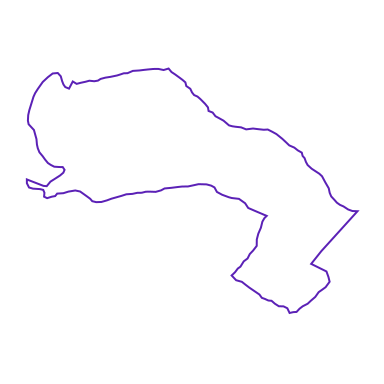 outline of Planaltina do Paraná, Paraná, Brazil, rotated 88°
{"feature_id": "56859067B78623757786871", "entity_name": "Planaltina do Paraná", "entity_type": "district", "adm_level": 2, "iso_a3": "BRA", "parent_name": "Brazil", "parent_adm1": "Paraná", "projection": "albers", "projection_center": [-52.929, -23.09], "detail": "fine", "context": "isolated", "style": "outline", "palette": "violet", "viewbox_px": 384, "rotation_deg": 88, "n_neighbors": 0, "source": "geoboundaries", "source_scale": "gbopen_adm2", "svg_char_len": 2550}
<svg xmlns="http://www.w3.org/2000/svg" viewBox="0 0 384 384"><g transform="rotate(88 192 192)"><path d="M316.3,98.7L315.6,95.0L315.5,91.7L312.4,88.6L310.1,85.4L307.7,80.3L304.8,77.0L301.2,72.5L296.5,68.9L294.5,65.8L291.8,61.8L286.5,57.6L281.7,58.6L276.1,60.4L268.0,75.4L255.6,64.8L217.0,27.3L216.6,32.4L214.9,36.6L211.7,41.1L210.0,44.6L207.7,47.6L205.0,49.8L201.3,53.0L197.7,54.4L193.1,55.2L186.9,58.5L180.8,61.5L178.2,64.1L172.9,71.6L169.1,75.5L165.9,77.1L162.1,78.3L159.8,80.2L156.5,80.9L154.1,84.8L151.2,88.2L148.8,93.2L145.0,96.9L142.0,99.9L137.0,105.7L134.5,109.9L132.2,114.1L132.3,118.1L131.5,123.7L130.7,128.8L131.3,135.7L129.1,140.7L128.3,146.3L127.7,149.5L126.7,152.7L121.8,158.0L118.9,162.8L117.1,165.9L113.3,168.6L111.6,172.6L108.0,173.1L104.4,175.8L99.3,180.5L96.8,183.2L95.2,186.5L92.5,188.5L88.8,190.1L85.9,194.0L82.2,194.8L79.6,197.6L77.5,200.2L73.9,204.8L71.4,208.3L67.8,211.1L69.1,216.1L67.8,221.4L67.7,226.4L68.0,231.7L68.3,235.8L68.7,240.3L68.9,246.9L71.0,252.3L71.0,256.1L71.9,259.1L72.9,262.7L73.5,266.1L74.1,269.6L74.7,274.6L75.8,279.4L77.4,282.1L77.9,285.8L77.2,290.7L78.1,294.5L79.0,299.5L79.9,303.5L77.4,307.3L84.4,311.3L82.7,315.0L80.1,316.7L76.7,317.9L71.8,319.1L68.4,322.0L68.7,327.1L72.2,332.0L76.8,337.3L83.5,342.4L87.7,345.3L91.3,347.1L104.5,351.7L109.4,353.0L115.0,353.5L118.6,352.9L124.5,347.8L133.7,345.6L139.2,345.3L142.9,344.6L147.0,343.1L151.0,340.0L154.6,337.6L158.0,335.0L160.0,332.2L161.9,328.8L162.4,323.9L162.6,320.3L165.4,318.6L168.2,319.9L170.9,323.3L176.7,333.1L181.1,337.0L180.7,340.2L173.7,356.6L177.5,356.7L181.8,354.7L183.1,350.8L183.8,343.8L184.7,340.6L187.6,339.5L191.5,340.0L193.1,337.0L191.8,332.3L191.3,328.9L188.9,326.8L188.7,320.6L187.3,315.5L186.4,308.6L187.6,303.8L190.2,300.4L192.6,297.3L195.2,294.0L197.7,292.0L198.8,288.1L198.8,282.9L197.4,277.3L195.9,272.8L193.4,262.6L192.0,257.7L191.8,251.6L190.9,246.6L191.0,242.3L190.1,238.1L190.2,233.9L190.6,228.3L189.3,222.9L187.5,219.3L187.1,212.5L186.5,205.8L186.2,201.8L186.3,195.7L185.2,189.5L184.4,185.2L184.9,177.2L186.3,172.6L188.2,169.4L192.8,167.1L195.8,162.0L198.5,155.4L199.4,152.5L200.5,145.3L205.1,139.3L209.9,136.4L212.9,130.1L218.5,118.2L220.7,120.6L224.1,122.7L230.1,124.4L236.0,127.2L241.7,128.9L248.1,129.2L252.8,133.1L256.0,136.4L260.4,138.8L263.1,142.7L268.3,146.2L270.1,148.9L273.7,151.8L276.8,155.3L281.7,151.0L283.5,145.3L286.4,141.9L289.6,138.0L296.8,128.2L300.2,125.9L301.4,122.9L303.1,119.5L303.5,116.3L306.5,113.1L309.2,109.2L309.5,104.5L311.5,100.8L316.3,98.7Z" fill="none" stroke="#5b21b6" stroke-width="2"/></g></svg>